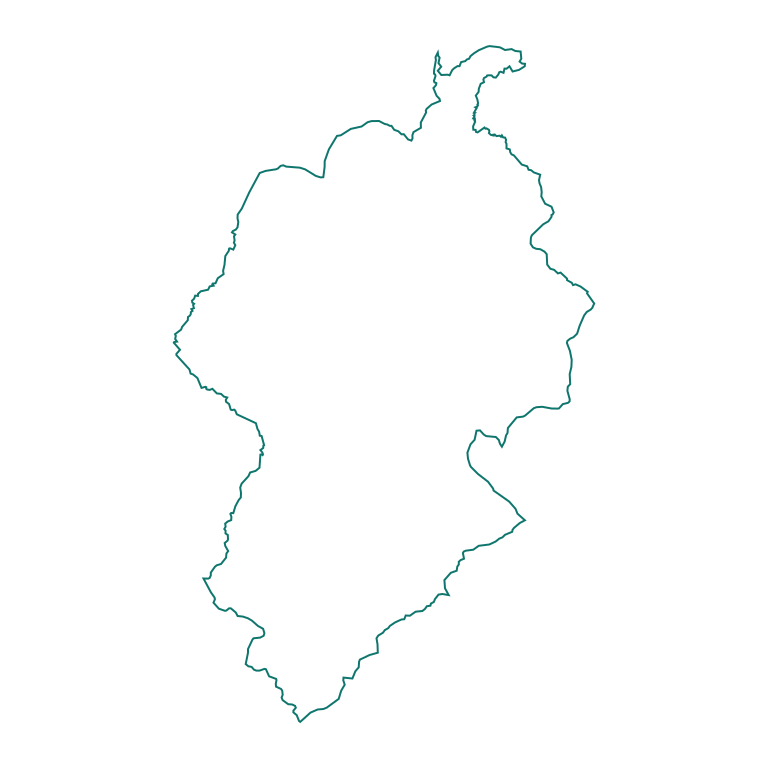 outline of Carmen De Carupa, Cundinamarca, Colombia
{"feature_id": "7082276B22824140960773", "entity_name": "Carmen De Carupa", "entity_type": "district", "adm_level": 2, "iso_a3": "COL", "parent_name": "Colombia", "parent_adm1": "Cundinamarca", "projection": "orthographic", "projection_center": [-73.909, 5.336], "detail": "fine", "context": "isolated", "style": "outline", "palette": "teal", "viewbox_px": 768, "rotation_deg": 0, "n_neighbors": 0, "source": "geoboundaries", "source_scale": "gbopen_adm2", "svg_char_len": 6057}
<svg xmlns="http://www.w3.org/2000/svg" viewBox="0 0 768 768"><path d="M194.1,303.8L193.1,304.9L193.9,308.2L191.4,309.1L192.5,310.9L190.9,312.1L190.7,314.3L189.7,315.8L188.0,317.0L187.8,320.2L182.1,326.9L181.1,329.6L175.0,334.2L175.8,335.8L175.2,339.0L177.0,341.6L174.2,342.0L173.8,342.7L180.0,349.8L176.4,353.9L176.4,355.1L189.5,369.5L190.6,373.6L193.0,374.4L197.4,378.0L201.5,387.9L205.4,386.8L206.3,387.2L206.2,388.7L207.1,389.5L209.7,389.9L212.4,388.8L216.8,393.4L221.1,393.9L223.9,396.6L227.2,397.5L225.8,399.8L226.0,401.7L229.1,404.1L230.7,409.6L232.0,410.1L234.1,409.6L235.2,410.5L236.8,414.3L255.9,423.2L257.5,429.0L259.1,431.7L259.8,435.7L261.6,436.0L264.1,445.2L263.4,445.6L263.2,448.0L260.4,450.1L262.3,452.4L263.0,454.4L262.6,455.1L261.7,454.4L260.4,454.6L259.5,467.7L255.6,470.9L250.1,472.5L248.5,476.1L241.6,483.7L240.2,487.6L241.0,493.0L240.8,497.5L238.7,500.0L235.4,506.2L233.3,513.1L231.2,513.0L230.4,513.9L231.4,516.8L231.2,520.1L227.7,521.5L225.2,523.6L225.6,526.7L224.3,529.0L225.6,530.7L225.5,533.4L227.8,535.0L228.0,539.2L227.6,540.6L224.7,543.0L225.3,546.0L228.2,551.1L226.4,553.5L226.1,557.6L221.0,564.0L216.7,565.3L214.9,566.8L210.8,572.6L210.8,575.4L209.6,578.0L208.2,578.6L203.5,578.5L210.9,592.3L214.6,597.6L214.9,599.4L213.5,602.7L218.9,608.7L224.9,610.8L226.3,610.6L229.1,608.3L230.8,608.3L235.8,612.5L237.6,616.0L243.0,616.6L248.0,618.3L251.9,620.6L257.9,625.9L263.1,628.8L264.4,633.2L263.6,635.8L260.2,637.6L253.5,638.3L252.5,639.5L248.0,649.1L248.0,652.7L245.7,664.1L248.4,666.3L251.6,666.9L254.0,669.7L256.3,670.6L259.6,670.6L264.4,668.9L265.9,669.2L269.1,676.3L276.1,678.9L276.5,680.1L275.8,683.5L276.0,686.6L281.1,689.0L282.2,690.7L282.7,694.8L281.6,697.5L282.6,700.1L288.2,704.2L292.2,704.5L295.1,705.9L295.8,707.8L293.4,710.6L293.4,712.4L296.7,715.1L299.1,721.1L300.2,721.9L310.5,712.6L317.6,709.5L323.4,709.0L326.8,707.6L338.7,698.9L341.2,690.7L344.7,684.7L343.3,680.4L343.5,677.6L352.4,678.5L355.4,671.2L358.7,667.4L359.1,661.6L359.9,659.6L369.6,655.0L377.8,652.7L377.5,644.2L376.5,638.3L378.2,635.6L383.0,632.7L384.8,630.1L388.3,628.1L389.9,625.9L395.1,622.4L401.4,619.5L404.3,619.2L405.7,615.5L409.9,615.7L415.6,611.7L422.3,611.0L424.8,609.1L426.9,606.2L430.4,605.7L430.9,603.6L433.9,601.9L434.9,599.2L438.5,594.6L442.4,594.0L448.7,595.1L445.0,588.3L444.4,580.1L450.8,572.8L456.7,570.7L457.3,566.6L458.8,564.5L458.8,561.8L460.6,560.1L464.0,558.7L462.9,553.0L463.7,551.6L465.7,550.7L473.3,549.7L478.7,545.8L489.3,544.5L495.7,541.5L499.3,538.6L502.4,537.4L505.0,534.8L512.2,531.8L512.5,529.9L514.0,527.9L519.8,523.0L524.9,520.3L517.5,513.7L515.5,508.8L509.2,501.6L493.5,490.5L493.2,488.7L488.1,481.8L478.0,474.0L471.0,467.0L470.0,465.3L468.0,458.7L467.4,452.7L470.5,444.3L474.6,439.8L476.5,430.7L480.0,430.4L483.7,434.5L486.2,436.1L495.8,437.0L498.9,440.1L499.9,443.6L501.9,446.7L504.7,441.4L506.0,435.5L507.5,433.0L507.9,428.0L516.7,417.4L523.1,416.6L525.1,415.6L533.8,408.2L536.5,407.2L542.2,406.8L551.6,408.5L557.8,408.6L559.0,408.4L562.8,404.1L567.9,402.9L569.6,401.4L569.7,399.2L567.4,390.8L567.8,386.7L570.2,384.2L569.7,374.1L571.4,366.9L571.7,359.8L569.9,350.8L566.9,343.0L567.4,340.9L570.1,338.7L573.5,337.2L577.1,333.7L579.7,325.6L584.1,315.5L586.7,312.0L590.8,309.5L592.3,307.8L594.2,303.5L587.0,293.3L587.7,291.8L580.5,286.5L575.5,284.3L573.0,285.1L571.8,282.8L567.1,280.2L567.0,278.6L560.6,272.6L557.9,273.4L554.1,269.8L550.4,268.8L547.2,264.6L546.7,254.2L544.5,251.6L540.2,249.2L536.2,248.8L532.9,247.3L530.6,243.7L530.9,237.7L531.8,235.3L543.2,224.3L548.4,221.3L551.5,216.9L551.5,215.0L552.7,214.4L553.7,212.4L551.5,206.7L545.1,203.7L541.3,196.4L541.7,192.2L541.1,187.1L539.5,183.2L539.0,180.1L540.2,174.7L533.8,172.4L531.1,170.2L528.6,169.8L527.2,166.3L521.8,164.6L513.9,155.4L511.5,154.3L510.2,152.1L509.8,149.4L506.5,148.4L506.5,143.9L505.6,142.0L506.1,140.0L505.1,137.6L503.1,137.4L501.9,135.4L501.0,136.8L499.7,135.7L496.5,136.1L494.7,134.5L493.4,134.7L493.5,135.5L490.9,134.9L488.9,133.1L489.4,131.3L488.9,129.8L486.5,128.4L485.4,128.7L484.5,127.5L477.6,132.4L476.1,132.0L475.6,129.9L473.3,129.7L473.1,126.4L475.0,122.0L474.2,119.6L474.5,119.0L474.9,119.5L474.8,118.4L473.3,118.3L474.5,116.1L473.8,115.5L474.5,115.2L474.3,113.4L474.8,113.0L473.9,112.8L476.6,108.1L475.4,107.3L477.3,106.5L478.0,105.2L477.4,104.7L478.1,103.1L477.3,99.3L475.8,95.6L478.6,91.9L478.8,88.9L480.7,83.8L484.0,82.2L483.4,79.6L484.0,78.0L486.6,76.6L487.1,75.5L488.5,75.3L491.6,75.4L493.4,77.3L495.8,77.6L498.2,74.7L499.3,72.2L500.7,71.7L503.5,72.8L504.5,68.6L506.6,68.7L509.5,66.3L512.6,71.5L519.0,69.9L524.7,66.3L525.0,63.8L522.2,63.6L519.6,61.6L521.3,58.6L520.6,51.5L515.3,51.0L511.6,49.1L505.0,50.0L500.1,47.4L496.7,46.9L489.5,46.1L487.2,46.6L478.8,50.2L474.1,53.2L470.5,56.1L469.1,58.7L466.8,59.5L465.3,61.1L461.1,62.1L459.5,66.2L457.5,66.1L454.1,68.3L452.2,70.1L449.6,75.3L447.7,74.7L441.3,75.0L437.8,70.8L441.2,66.7L438.5,63.1L439.6,57.6L438.2,55.8L437.8,52.6L435.5,57.2L435.9,60.0L434.1,70.3L434.0,73.7L435.2,74.6L435.5,76.1L433.9,80.9L434.5,82.4L436.3,83.0L436.4,83.6L435.8,85.4L433.4,88.1L436.6,95.8L439.5,98.8L440.0,101.0L431.6,104.5L426.7,108.8L425.8,110.5L426.1,112.5L420.8,122.5L420.9,127.8L413.5,132.1L412.4,135.2L412.5,138.5L411.4,140.6L408.0,139.4L403.8,134.2L401.5,134.3L398.4,131.3L394.2,129.8L391.5,125.9L389.9,125.9L387.3,124.5L384.8,124.0L379.0,121.0L371.5,121.1L367.6,122.2L361.6,126.5L350.8,128.9L340.8,135.3L337.0,135.9L328.9,149.3L324.7,161.1L324.6,167.1L323.3,177.2L320.6,177.4L315.8,175.9L305.2,169.4L300.0,167.7L286.2,166.6L283.2,165.3L280.6,165.9L277.9,168.5L276.0,169.3L265.6,170.9L259.7,173.0L249.3,192.3L241.8,208.6L237.7,214.5L237.5,218.3L238.3,222.0L237.5,227.4L235.8,229.6L232.8,231.1L232.0,232.4L235.3,234.5L234.0,236.3L234.6,240.5L233.9,242.7L235.3,245.2L233.3,249.6L230.0,248.3L229.1,248.6L228.8,250.8L225.3,256.1L224.5,264.8L223.1,270.8L223.6,274.1L217.8,278.2L215.5,283.3L212.7,283.6L212.3,284.3L213.5,285.7L209.7,286.4L208.1,289.7L200.8,291.3L198.0,293.9L197.9,295.9L195.2,295.6L194.1,298.7L192.0,300.7L192.3,302.6L194.1,303.8Z" fill="none" stroke="#0f766e" stroke-width="2"/></svg>